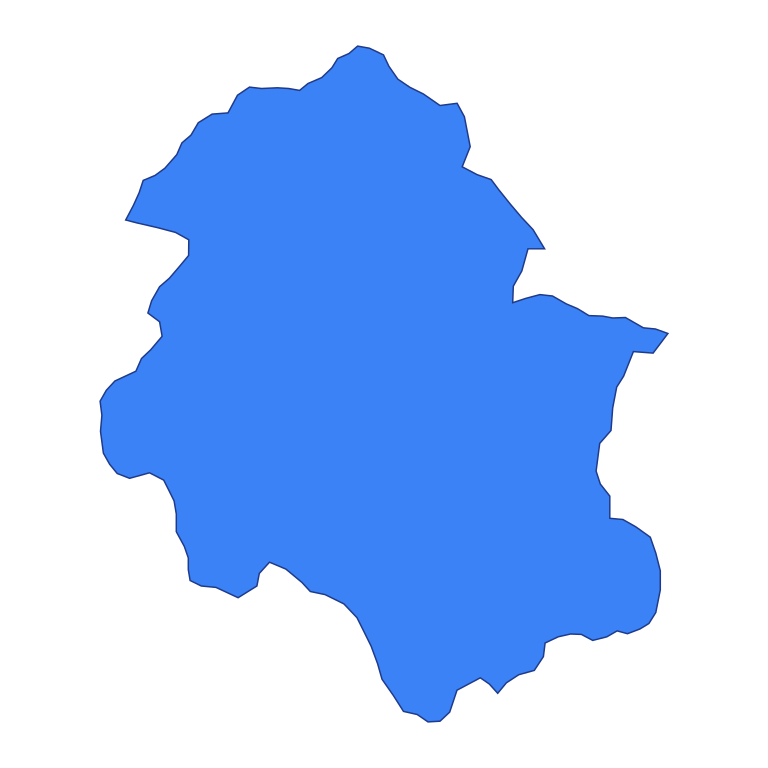 outline of Mariápolis, São Paulo, Brazil
{"feature_id": "56859067B75086273353759", "entity_name": "Mariápolis", "entity_type": "district", "adm_level": 2, "iso_a3": "BRA", "parent_name": "Brazil", "parent_adm1": "São Paulo", "projection": "orthographic", "projection_center": [-51.172, -21.778], "detail": "fine", "context": "isolated", "style": "filled", "palette": "blue", "viewbox_px": 768, "rotation_deg": 0, "n_neighbors": 0, "source": "geoboundaries", "source_scale": "gbopen_adm2", "svg_char_len": 1925}
<svg xmlns="http://www.w3.org/2000/svg" viewBox="0 0 768 768"><path d="M357.6,46.1L349.0,53.5L337.7,58.5L331.9,67.8L321.7,77.6L308.0,83.5L299.6,90.4L288.7,88.5L277.4,87.8L261.5,88.5L249.5,87.1L237.5,95.2L228.0,112.9L212.1,114.1L198.3,122.7L191.0,135.1L181.9,142.9L176.8,154.6L164.9,168.2L155.1,175.4L143.2,180.4L139.2,192.6L133.4,205.4L125.7,220.0L137.7,223.1L157.4,227.6L175.5,232.4L188.8,239.8L188.6,255.5L178.4,267.7L169.4,278.2L159.6,286.7L151.6,300.8L147.9,313.0L159.6,321.8L162.1,336.3L150.6,349.9L141.5,358.5L135.9,371.2L114.9,381.0L106.3,390.3L100.1,401.2L101.9,415.3L100.5,431.3L103.4,453.2L109.6,464.2L117.2,473.5L129.6,478.3L149.5,472.8L163.7,480.1L169.0,490.6L174.1,500.9L176.3,514.0L176.3,531.7L184.3,546.4L188.3,557.9L188.3,569.6L190.1,580.5L201.3,586.0L216.0,587.4L238.1,597.7L256.9,586.0L259.3,573.4L269.5,562.2L285.9,569.1L301.9,582.4L310.3,591.5L325.1,594.6L343.9,603.9L357.0,617.7L363.8,631.3L371.1,646.1L377.6,663.7L382.0,679.2L393.3,695.4L403.5,711.4L417.2,714.5L428.0,721.9L440.0,721.2L449.7,712.1L457.0,690.2L480.3,677.8L489.3,684.0L497.7,693.3L506.4,682.8L518.8,674.7L534.3,670.4L543.4,656.6L545.1,643.0L558.2,636.8L570.6,634.0L581.4,634.4L592.7,640.4L606.9,636.8L617.1,630.9L627.5,633.7L639.9,629.0L648.9,623.5L655.8,612.5L660.3,589.9L660.3,570.8L655.8,553.1L650.3,537.2L635.9,526.9L622.9,519.5L609.8,518.3L609.8,496.1L600.3,484.0L596.1,471.1L599.7,443.4L611.0,430.5L612.7,407.9L616.7,387.1L623.6,376.2L633.4,351.6L653.1,353.1L667.9,333.5L655.5,329.0L643.3,327.8L625.4,317.5L612.8,318.0L602.6,316.1L588.9,315.6L577.6,308.7L566.3,303.9L552.5,296.0L539.9,294.6L525.7,298.4L512.7,302.7L513.3,286.2L521.8,271.0L528.0,248.8L544.6,248.8L533.1,229.7L521.3,217.1L509.8,203.5L498.5,189.4L491.2,179.6L477.0,174.6L462.2,166.8L470.2,146.7L464.4,116.7L457.1,103.3L440.0,105.5L423.4,94.0L409.9,87.3L397.9,79.2L388.9,66.3L383.5,54.9L369.4,48.2L357.6,46.1Z" fill="#3b82f6" stroke="#1e3a8a" stroke-width="1.5"/></svg>